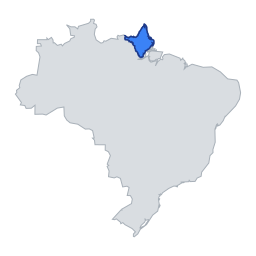 Amapá highlighted on a map of Brazil
{"feature_id": "BRA-681", "entity_name": "Amapá", "entity_type": "State", "adm_level": 1, "iso_a3": "BRA", "parent_name": "Brazil", "parent_adm1": "", "projection": "orthographic", "projection_center": [-52.454, 1.611], "detail": "fine", "context": "in_parent", "style": "filled", "palette": "blue", "viewbox_px": 256, "rotation_deg": 0, "n_neighbors": 0, "source": "natural_earth", "source_scale": "10m", "svg_char_len": 7986}
<svg xmlns="http://www.w3.org/2000/svg" viewBox="0 0 256 256"><path d="M54.4,42.7L57.4,45.4L61.2,44.2L62.4,45.9L64.5,43.5L69.7,41.0L70.9,38.6L74.2,37.3L74.5,35.8L70.7,35.3L69.8,28.8L66.5,24.8L70.9,26.8L74.9,26.8L77.7,28.9L78.5,26.3L88.5,23.3L90.7,21.2L90.6,19.3L93.6,19.2L94.5,20.1L93.5,23.4L96.1,24.3L97.0,26.9L95.2,29.0L94.3,34.3L96.2,39.9L100.9,43.1L103.0,42.6L104.0,40.8L105.8,41.2L111.2,38.3L118.0,39.3L117.0,36.9L118.0,35.3L119.4,36.0L123.8,34.9L128.8,37.7L131.0,36.3L135.7,37.3L144.6,24.7L146.0,26.0L149.0,37.6L150.5,39.4L153.5,40.4L153.8,43.4L148.8,48.9L145.7,50.8L141.5,58.3L137.5,59.4L141.7,59.6L148.0,55.8L149.2,60.7L150.9,62.2L157.3,60.5L155.4,65.9L157.9,61.6L160.9,59.0L162.3,59.8L163.0,59.0L162.4,57.0L164.4,54.6L169.4,54.0L180.0,58.2L180.7,60.3L182.2,58.8L184.7,60.5L185.4,62.3L184.1,63.6L184.6,64.2L186.0,63.0L186.3,64.1L185.1,65.4L184.2,69.1L185.9,67.5L187.2,64.8L187.4,66.7L192.1,64.2L203.2,67.3L211.9,66.9L220.4,71.9L227.7,78.9L236.9,80.1L238.6,82.6L240.6,92.7L239.5,99.2L235.6,105.9L225.3,116.7L225.3,115.8L223.2,120.7L219.9,125.0L218.4,125.7L217.4,123.8L216.5,124.7L214.9,129.3L215.2,142.2L212.9,149.6L213.0,152.6L210.0,155.6L208.8,163.0L201.7,172.1L201.1,176.3L197.2,178.0L195.1,181.4L190.2,181.6L189.2,180.3L188.8,181.7L181.1,182.1L181.4,183.2L176.5,186.1L173.7,186.1L168.8,188.4L162.6,192.7L161.4,194.7L160.4,193.9L160.0,194.8L158.6,194.4L160.3,195.6L158.9,196.9L158.4,199.2L159.2,204.0L157.7,211.1L152.7,215.1L146.5,224.6L140.8,228.9L140.7,227.5L144.7,225.7L148.3,220.5L148.4,219.6L146.0,220.2L144.7,218.5L145.4,220.2L144.7,222.1L141.2,225.3L140.0,227.7L140.4,229.1L137.8,233.9L134.2,236.8L133.4,236.4L133.4,234.0L135.4,231.9L132.2,228.6L125.0,224.7L122.8,222.6L120.8,223.7L120.5,222.2L116.4,218.9L114.5,219.7L112.4,219.3L120.9,210.0L121.9,210.1L121.7,209.2L131.5,203.6L132.3,199.0L130.4,195.6L127.2,195.5L129.1,187.5L127.0,186.2L122.7,186.9L120.4,178.4L116.9,176.8L114.2,177.9L108.5,176.7L109.1,171.0L107.1,166.4L108.7,165.4L107.2,164.1L110.4,155.6L108.4,151.7L105.2,150.1L105.3,144.8L95.0,144.7L94.5,140.2L92.5,138.1L94.2,138.0L92.6,130.6L89.3,128.9L85.3,129.1L77.8,124.2L70.1,122.8L66.8,120.1L64.3,115.9L63.9,107.0L57.3,108.1L46.1,115.0L42.7,114.1L34.9,114.3L35.0,105.2L31.3,108.2L26.1,108.4L24.8,105.5L20.3,104.9L21.4,102.5L15.4,94.1L16.8,92.6L16.5,90.3L19.8,87.7L19.2,85.6L20.9,79.9L26.6,76.3L32.4,74.4L37.0,75.2L40.0,56.9L38.6,52.8L36.2,50.6L36.3,46.4L41.4,46.0L40.5,43.6L37.4,43.6L37.5,39.7L47.0,39.7L46.9,38.1L48.3,39.6L51.4,37.4L53.0,39.9L53.2,42.9L54.4,42.7ZM151.8,50.9L162.7,52.0L160.1,58.5L158.1,58.6L157.8,59.7L156.2,59.2L154.4,60.8L150.2,60.8L148.8,57.6L149.8,56.8L148.5,55.6L149.4,51.9L151.8,50.9ZM142.4,58.7L144.1,54.1L145.8,53.5L145.7,56.3L142.4,58.7ZM154.8,48.7L153.7,50.4L151.2,50.0L151.6,48.9L154.8,48.7ZM151.0,46.8L150.6,50.3L149.6,49.9L151.0,46.8ZM156.5,50.9L155.0,51.1L154.2,50.8L156.2,49.7L156.5,50.9ZM149.4,51.0L147.8,52.2L147.1,51.6L148.3,50.5L149.4,51.0ZM152.3,47.9L151.6,47.2L152.9,46.5L153.0,47.2L152.3,47.9ZM151.5,38.8L150.5,39.0L150.3,37.7L151.2,37.6L151.5,38.8ZM159.5,206.9L159.2,206.0L159.9,205.0L160.1,205.3L159.5,206.9ZM177.4,185.7L177.5,186.8L176.5,186.6L177.4,185.7ZM159.2,199.9L158.8,199.3L159.5,198.7L159.7,198.9L159.2,199.9ZM185.7,66.8L185.0,68.1L185.7,66.2L185.7,66.8ZM217.8,125.9L216.7,126.3L217.5,125.3L217.8,125.9ZM183.8,182.5L182.8,182.9L182.6,182.7L183.3,182.2L183.8,182.5ZM215.9,128.2L215.5,128.9L215.3,128.5L215.9,128.2ZM182.8,57.7L182.9,58.4L182.6,58.3L182.8,57.7Z" fill="#d9dde1" stroke="#a8b0b8" stroke-width="1"/><path d="M125.2,35.7L125.4,35.8L125.5,36.0L125.4,36.1L125.4,36.5L125.6,36.6L126.0,36.5L126.3,36.6L126.5,36.8L126.4,36.8L126.8,37.2L127.0,37.2L127.2,37.3L127.4,37.3L127.6,37.5L128.0,37.5L128.5,37.5L128.8,37.8L128.9,37.7L129.0,37.7L129.1,37.3L129.3,37.3L129.6,37.3L129.8,37.2L130.0,36.8L130.4,36.6L130.6,36.6L130.8,36.3L131.0,36.2L131.1,36.3L131.1,36.5L131.3,36.6L131.7,36.8L132.1,36.8L132.4,37.0L132.8,36.9L133.0,36.7L133.3,36.6L133.5,36.4L133.8,36.6L134.1,36.9L134.1,37.0L133.9,37.1L133.9,37.3L134.8,37.1L135.0,37.2L135.1,37.3L135.6,37.4L135.9,37.3L136.0,37.3L136.1,37.2L136.2,36.9L136.3,36.8L136.6,36.7L137.3,36.2L137.5,35.9L137.8,35.7L137.9,35.4L138.1,35.0L138.0,34.7L138.3,34.3L138.7,33.3L138.8,33.2L139.0,33.1L138.9,32.9L139.3,32.1L139.3,31.9L139.3,31.6L139.5,31.5L139.7,31.2L139.8,31.1L140.1,31.0L140.9,29.7L141.0,29.5L141.3,28.9L141.5,28.4L141.6,28.2L141.8,28.2L141.8,27.9L142.0,27.8L142.4,27.4L142.6,27.1L142.7,26.7L142.8,26.6L143.3,26.4L143.5,26.3L143.6,26.2L143.8,25.7L143.8,25.3L143.9,25.2L144.0,25.3L144.1,25.7L144.3,26.1L144.7,26.8L144.7,27.0L144.8,26.9L144.7,26.7L144.4,26.0L144.1,25.1L144.0,24.4L144.1,24.1L144.3,24.0L145.0,24.5L145.6,25.1L146.0,25.6L146.2,26.1L146.3,26.5L146.3,27.8L146.2,28.4L146.3,28.7L146.4,28.2L146.4,27.6L146.5,27.4L146.6,27.2L146.8,27.2L146.8,27.3L146.8,28.2L146.8,29.6L146.7,29.9L146.8,30.3L147.1,31.2L147.2,31.4L147.1,31.6L147.2,32.1L147.2,32.3L147.3,32.4L147.4,32.9L147.7,33.3L147.7,33.6L147.9,33.7L148.1,34.1L148.1,34.4L148.2,34.5L148.4,35.2L148.4,35.3L148.3,35.5L148.5,35.4L148.6,35.5L148.7,35.8L148.8,36.2L148.9,36.6L149.0,36.7L149.0,37.0L149.2,37.3L149.1,37.6L148.9,37.6L148.7,37.6L148.6,38.0L148.8,38.2L148.8,37.9L149.1,37.7L149.3,37.7L149.6,37.8L149.7,38.0L149.8,38.3L149.9,38.6L150.2,38.9L150.2,39.3L150.3,39.4L150.5,39.5L150.9,39.6L151.2,39.6L151.3,39.5L151.7,39.6L152.2,39.5L152.3,39.5L153.2,39.9L153.5,40.1L153.7,40.3L153.8,40.4L153.8,40.7L153.8,41.0L154.0,42.0L153.9,42.5L153.4,42.9L152.6,43.1L152.4,43.0L152.5,43.2L152.8,43.2L153.1,43.2L153.4,43.2L153.6,43.0L153.8,43.1L153.9,43.4L153.8,43.5L153.6,43.8L153.4,43.9L153.2,43.9L153.1,43.7L152.9,44.2L152.6,44.4L152.4,44.7L152.2,44.8L151.7,45.1L151.4,45.4L151.2,46.0L150.6,46.3L150.3,47.0L149.6,48.0L149.1,48.6L148.6,49.2L148.2,49.2L147.8,49.3L147.5,49.5L147.2,49.8L146.9,50.4L146.8,50.5L146.4,50.5L146.1,50.5L145.8,50.7L145.4,50.7L145.4,50.8L145.5,50.8L145.8,51.0L145.4,51.5L145.3,51.8L145.2,52.0L145.1,52.3L145.0,52.6L144.7,52.8L144.7,53.0L144.5,53.3L144.2,53.4L143.9,53.4L144.1,53.4L144.1,53.5L143.9,53.5L144.0,53.6L143.9,53.8L143.6,54.3L143.2,54.7L143.1,54.9L143.1,55.4L143.1,56.0L143.1,56.4L142.6,56.7L142.4,57.0L142.0,57.1L141.8,57.0L141.7,57.1L141.4,57.1L141.2,57.1L141.1,57.4L141.0,57.5L140.9,57.4L140.9,57.2L140.7,57.1L140.0,57.0L139.8,57.0L139.5,56.7L139.3,56.6L139.2,56.4L139.2,56.2L139.1,55.9L139.2,55.7L139.1,55.4L138.9,55.3L138.5,55.5L138.4,55.4L138.4,55.1L138.4,54.7L138.3,54.3L138.3,54.1L138.2,53.9L137.8,53.9L137.7,53.5L137.7,53.3L137.7,53.1L137.7,52.6L137.4,52.4L137.3,52.1L136.8,51.5L136.7,51.4L136.3,51.5L136.0,51.4L135.7,50.3L135.4,50.0L135.5,49.4L135.3,49.1L135.3,48.8L135.0,48.5L134.7,48.0L134.7,47.4L134.7,47.1L134.7,46.6L134.8,46.2L134.8,45.9L134.7,45.8L134.2,45.7L133.8,45.6L133.6,45.4L133.4,45.0L133.0,44.7L133.0,44.3L132.9,44.2L133.0,44.1L132.8,43.7L132.7,43.6L132.8,43.4L133.0,43.3L133.1,43.2L132.9,42.8L132.3,42.9L132.3,42.6L132.2,42.4L132.3,42.3L132.2,42.2L131.9,42.1L131.6,42.2L131.6,41.9L131.4,41.9L131.2,41.9L131.3,41.8L131.2,41.7L131.1,41.8L131.1,42.0L130.6,41.9L130.6,42.0L130.4,42.1L130.2,41.8L130.1,41.7L129.7,41.4L129.4,41.3L129.1,41.4L129.1,41.1L128.9,40.9L129.0,40.7L128.8,40.7L128.7,40.6L128.6,40.4L128.4,40.5L127.9,40.0L127.5,39.8L127.3,39.9L127.1,39.8L126.7,39.9L126.1,39.7L125.5,39.8L125.4,39.8L125.1,39.6L125.1,39.1L125.1,38.5L125.0,38.4L124.9,38.4L124.9,38.2L125.1,38.1L125.1,37.8L124.9,37.7L125.0,37.4L125.3,37.0L125.4,36.8L125.3,36.2L125.0,35.7L125.2,35.7ZM150.6,37.8L150.9,37.7L151.1,38.1L151.4,38.6L151.2,38.9L151.0,39.1L150.8,39.2L150.5,39.1L150.4,38.8L150.3,38.6L150.1,38.4L150.3,37.9L150.5,37.8L150.6,37.8ZM152.6,45.8L151.6,45.8L151.6,45.7L151.9,45.2L152.3,45.0L152.5,44.8L152.9,44.9L153.1,44.9L153.2,45.0L153.0,45.4L152.8,45.5L152.7,45.6L152.6,45.8ZM152.9,44.8L152.8,44.7L152.7,44.7L152.8,44.5L153.0,44.4L153.1,44.2L153.4,44.1L153.6,44.0L153.7,43.9L153.7,44.0L153.5,44.5L153.2,44.7L152.9,44.8ZM150.1,37.6L150.2,37.3L150.5,37.3L150.8,37.6L150.7,37.7L150.4,37.8L150.2,37.7L150.1,37.6Z" fill="#3b82f6" stroke="#1e3a8a" stroke-width="1.5"/></svg>